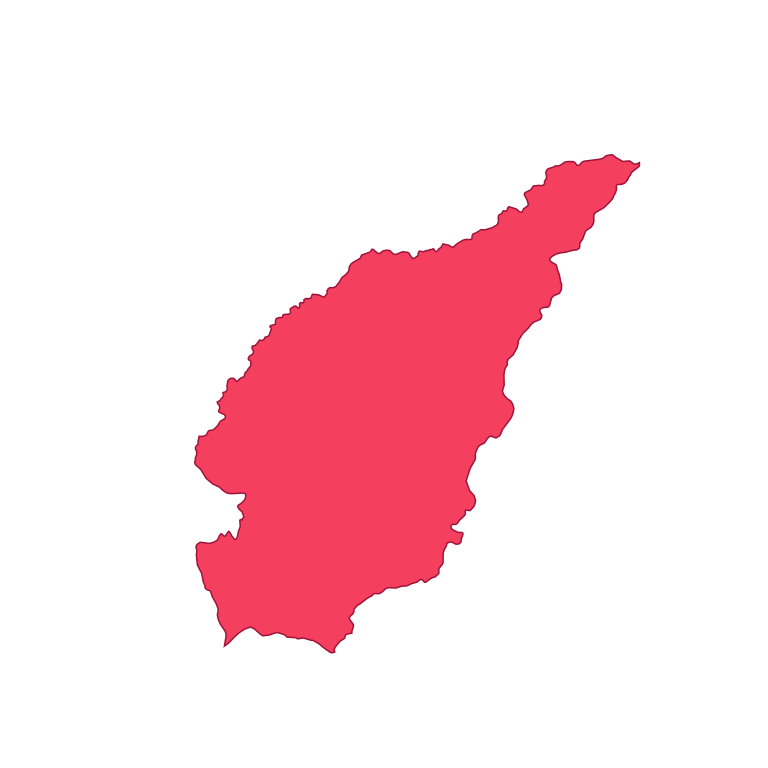 outline of Linares, Nariño, Colombia, rotated 23°
{"feature_id": "7082276B86818396743416", "entity_name": "Linares", "entity_type": "district", "adm_level": 2, "iso_a3": "COL", "parent_name": "Colombia", "parent_adm1": "Nariño", "projection": "orthographic", "projection_center": [-77.518, 1.405], "detail": "fine", "context": "isolated", "style": "filled", "palette": "rose", "viewbox_px": 768, "rotation_deg": 23, "n_neighbors": 0, "source": "geoboundaries", "source_scale": "gbopen_adm2", "svg_char_len": 6154}
<svg xmlns="http://www.w3.org/2000/svg" viewBox="0 0 768 768"><g transform="rotate(23 384 384)"><path d="M443.4,649.9L441.9,648.1L441.9,645.1L444.0,638.0L447.1,633.5L446.7,630.0L447.6,628.8L451.8,625.9L451.1,624.7L450.7,619.8L450.0,617.5L444.2,614.0L443.4,612.8L443.5,611.2L445.2,607.7L445.3,605.9L444.4,602.8L446.1,598.0L448.3,595.1L451.8,588.6L454.3,585.0L455.5,584.0L456.3,581.4L457.9,580.2L460.4,579.5L461.8,578.5L463.4,576.5L465.7,571.3L468.3,569.5L474.8,567.1L479.4,563.1L483.8,561.0L487.4,557.0L492.0,553.3L492.9,551.1L494.7,549.3L496.0,549.3L498.7,550.7L499.7,550.4L503.3,544.4L506.6,541.3L508.5,536.9L506.9,533.1L506.8,531.9L508.1,527.3L508.2,525.3L504.6,516.8L504.2,513.0L504.7,508.4L504.1,506.1L506.0,504.1L508.0,503.0L512.4,503.4L514.2,502.8L515.7,501.6L516.6,499.6L515.6,495.8L515.5,491.8L514.8,490.4L513.5,490.3L510.1,491.6L505.6,491.4L502.8,490.9L501.3,489.4L501.3,487.5L502.0,486.3L504.6,485.4L505.8,484.1L506.9,479.4L509.6,473.5L509.7,471.7L508.4,469.4L508.4,468.1L512.1,467.2L512.9,466.4L514.5,462.2L514.5,458.7L513.9,455.6L510.6,451.6L504.5,448.7L497.4,441.1L496.3,427.9L497.4,418.3L497.2,416.7L495.4,412.8L495.0,408.9L495.3,404.7L496.3,402.7L499.4,399.2L500.5,393.7L501.6,391.2L503.2,390.1L508.0,390.0L510.5,386.9L511.0,384.0L510.9,379.3L513.7,368.0L514.3,364.5L514.2,360.9L513.2,355.9L510.1,352.1L507.2,350.1L503.6,349.5L499.6,347.8L497.7,346.4L496.1,344.6L495.4,342.4L495.1,338.2L490.8,328.7L489.7,324.6L489.4,321.7L490.0,318.3L488.8,315.7L488.6,312.5L491.4,307.1L492.1,301.1L492.3,298.7L491.5,293.4L490.7,291.6L492.1,283.0L494.8,276.7L496.4,271.0L498.0,268.2L502.3,263.8L503.0,262.0L502.5,259.2L499.2,256.4L498.6,255.3L498.7,254.1L499.8,252.1L505.4,248.7L505.7,246.9L504.6,239.2L505.9,236.3L510.1,231.9L510.4,227.8L508.6,222.9L506.6,220.8L502.6,214.7L499.5,211.6L496.6,207.7L495.4,206.9L490.3,206.3L488.0,205.2L487.8,204.3L488.6,201.1L491.8,197.0L495.5,194.2L499.2,192.1L505.6,187.1L509.0,185.2L510.6,183.0L510.5,180.8L509.6,179.2L509.3,177.3L510.2,173.0L509.8,164.3L513.3,158.9L514.0,155.1L513.6,152.3L511.3,147.0L511.1,145.2L512.0,143.2L517.6,135.7L521.1,127.2L522.1,123.4L521.9,120.9L522.4,117.5L521.8,113.2L520.7,111.6L520.4,110.1L520.8,109.3L524.5,107.5L526.5,105.8L527.2,104.5L528.4,101.4L528.4,97.8L529.1,96.0L529.2,92.5L533.7,84.2L533.5,82.2L532.6,80.4L530.6,82.8L528.4,83.8L522.8,82.7L516.8,85.9L509.0,84.9L505.0,83.8L503.8,84.1L499.4,86.9L497.3,90.7L494.4,93.0L481.0,100.8L479.5,102.6L478.4,106.0L477.7,106.8L476.2,107.2L473.0,105.5L471.3,105.3L466.3,107.4L463.7,109.1L460.8,113.8L458.8,115.4L456.4,116.4L455.0,118.4L451.1,121.6L450.3,123.0L450.2,125.8L453.1,130.4L452.6,135.0L453.5,137.0L453.3,138.1L451.6,139.9L449.5,140.4L444.6,143.0L444.0,143.9L443.3,147.8L439.0,152.8L439.0,154.8L443.7,158.6L447.0,162.7L445.2,166.6L444.0,168.0L444.0,171.5L443.4,172.2L442.1,172.4L440.4,172.3L437.5,171.2L429.7,172.0L429.2,173.1L429.3,176.6L428.6,177.3L426.3,177.8L425.8,178.8L425.8,181.2L424.2,182.8L423.6,184.2L424.4,187.0L425.7,188.9L426.0,192.6L425.6,193.8L422.6,197.7L418.2,201.4L416.5,202.7L413.1,204.0L409.6,209.0L407.5,210.8L407.2,212.9L408.1,216.0L406.9,217.4L402.7,219.0L400.2,221.1L396.0,227.1L394.9,230.0L393.5,231.3L392.2,231.5L389.8,230.9L383.6,232.0L383.1,236.0L381.3,238.9L381.4,240.3L380.6,241.6L379.2,241.8L377.6,240.5L376.3,240.3L375.7,241.5L374.0,242.1L372.7,243.7L370.6,244.7L369.0,246.7L364.6,247.9L364.2,249.2L365.1,252.6L362.5,256.9L360.0,256.8L355.9,253.8L354.4,253.5L349.3,255.1L345.4,259.1L343.2,260.6L341.6,260.6L337.2,258.9L334.5,259.6L331.6,261.4L330.3,263.1L329.6,265.0L328.1,265.9L326.4,266.0L321.6,264.3L320.2,264.7L319.8,267.8L313.0,274.1L312.9,277.7L307.9,284.3L306.7,286.6L306.3,289.4L307.4,293.8L306.3,297.7L303.7,302.4L302.9,308.3L301.5,313.3L299.5,315.3L296.8,316.3L295.5,317.9L295.1,320.7L296.3,322.6L295.2,327.2L294.3,327.6L288.7,327.5L283.3,329.3L283.0,330.0L283.1,333.4L281.8,334.8L278.6,335.8L277.4,337.7L278.1,339.3L277.9,340.9L275.4,341.7L275.0,342.3L274.9,343.3L275.9,345.0L276.0,347.3L274.8,347.5L272.3,346.7L270.6,347.8L268.3,351.6L270.1,354.9L270.0,355.8L269.0,356.9L264.6,359.2L264.0,360.1L264.4,361.7L264.0,362.7L261.4,363.9L259.4,365.7L259.2,367.5L260.7,371.5L257.2,374.2L256.4,375.3L256.8,376.0L258.7,376.7L259.2,384.4L258.2,385.8L256.2,387.4L256.1,389.9L255.0,391.4L252.2,392.3L251.3,396.5L250.3,398.9L247.9,400.6L248.4,402.5L250.8,404.7L251.4,405.8L251.5,407.7L249.2,411.0L249.0,413.6L250.0,414.7L251.8,414.8L252.7,415.4L253.9,418.3L254.0,420.6L253.0,423.2L253.0,425.5L251.8,427.6L252.3,431.9L249.6,434.8L247.8,439.0L246.7,439.1L244.6,437.8L242.9,437.7L240.6,438.7L239.2,440.8L239.1,442.7L240.2,447.1L241.6,449.7L241.9,451.5L241.1,453.2L239.1,454.8L240.6,457.0L240.8,458.7L239.5,462.0L239.7,463.0L237.5,465.8L238.8,467.2L240.6,468.0L242.3,470.3L242.3,473.6L242.6,474.0L243.6,474.4L249.3,474.6L250.7,475.9L251.1,477.2L251.1,477.8L247.8,482.4L247.2,487.0L245.4,491.7L244.3,493.3L241.6,494.9L240.7,496.0L240.3,500.7L237.0,503.4L234.3,504.3L235.3,509.9L236.5,512.1L235.4,514.0L235.2,515.9L236.1,517.8L237.7,518.9L239.1,522.0L239.3,526.2L239.9,526.9L240.2,529.9L242.0,532.0L248.8,534.3L257.2,540.4L265.7,543.0L272.6,543.2L276.3,544.6L280.6,545.6L283.2,545.6L286.5,544.5L297.0,539.4L299.3,539.2L300.4,540.6L301.0,543.1L300.8,545.8L299.2,549.6L297.1,552.7L297.1,554.0L299.7,555.9L303.4,557.2L307.1,561.3L306.1,563.4L306.6,564.5L304.7,565.1L304.6,566.0L307.4,571.3L307.6,576.6L308.7,582.1L308.6,584.7L308.1,585.3L306.3,585.0L303.3,583.3L299.7,580.5L298.5,580.4L297.2,586.2L295.8,586.4L293.2,585.3L292.4,585.7L291.8,587.6L291.7,592.5L289.7,595.5L287.7,597.4L285.1,599.1L276.6,601.5L274.6,604.7L274.4,607.0L277.0,610.9L278.0,614.5L282.9,623.5L290.2,629.6L295.0,636.9L297.9,639.5L298.8,641.3L300.8,642.6L304.4,642.3L305.4,642.7L309.3,647.1L315.2,651.6L319.4,656.1L320.9,661.8L323.4,665.4L327.4,669.2L334.2,673.5L336.1,675.5L337.1,677.7L339.5,687.6L342.2,683.2L345.0,675.7L348.1,669.1L352.2,663.3L356.2,659.9L360.5,660.1L368.1,662.7L371.0,663.1L376.9,659.6L380.3,656.3L382.9,654.5L390.6,653.6L393.5,654.9L401.7,652.1L404.1,652.3L409.0,649.3L417.1,648.4L418.8,647.7L426.0,648.6L430.8,650.2L439.1,652.0L441.4,651.7L443.4,649.9Z" fill="#f43f5e" stroke="#9f1239" stroke-width="1.5"/></g></svg>